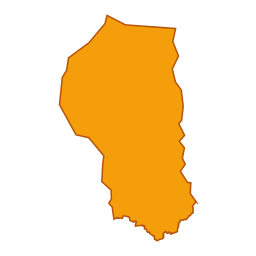 Ibba, Western Equatoria, South Sudan (orthographic projection)
{"feature_id": "79223893B81466867971410", "entity_name": "Ibba", "entity_type": "district", "adm_level": 2, "iso_a3": "SSD", "parent_name": "South Sudan", "parent_adm1": "Western Equatoria", "projection": "orthographic", "projection_center": [29.215, 5.058], "detail": "fine", "context": "isolated", "style": "filled", "palette": "amber", "viewbox_px": 256, "rotation_deg": 0, "n_neighbors": 0, "source": "geoboundaries", "source_scale": "gbopen_adm2", "svg_char_len": 3195}
<svg xmlns="http://www.w3.org/2000/svg" viewBox="0 0 256 256"><path d="M107.0,15.4L105.0,23.6L89.0,42.7L68.5,57.9L66.6,70.3L62.3,77.4L59.5,104.7L76.0,134.8L88.7,137.7L103.8,155.7L102.7,164.7L101.8,181.6L111.1,190.1L111.4,198.8L108.8,203.3L112.2,207.0L113.9,219.1L114.0,219.0L114.4,218.9L114.9,218.6L115.5,218.6L116.5,218.1L116.9,217.4L117.2,217.4L117.4,218.0L118.0,218.3L118.5,218.3L119.2,218.3L119.5,218.0L120.4,217.9L120.9,218.0L121.2,218.0L121.8,218.4L122.4,218.4L122.5,217.8L122.8,217.1L123.0,216.5L122.8,216.1L123.4,216.0L124.5,216.0L125.5,216.0L126.3,216.3L127.0,216.5L127.9,216.7L128.8,216.7L129.1,217.5L129.5,217.8L129.7,218.7L129.7,219.4L129.8,220.3L130.4,220.8L130.9,220.8L132.2,221.2L132.5,221.7L133.3,222.2L134.1,221.9L134.8,221.2L135.8,221.1L136.4,221.5L136.4,222.1L135.8,223.2L135.9,223.9L135.5,224.6L135.4,225.2L135.5,226.2L136.5,225.9L137.5,225.9L138.0,225.6L139.2,225.6L140.2,225.6L140.8,225.5L141.4,225.5L142.1,225.2L142.6,225.0L142.7,225.5L142.7,225.9L142.9,226.1L143.6,226.1L144.5,225.9L144.7,226.4L144.7,227.1L144.7,228.0L144.3,228.2L144.6,228.9L145.3,229.1L145.9,229.3L146.7,229.7L146.8,230.2L146.8,230.8L147.0,231.4L147.2,231.7L147.7,232.3L148.2,232.3L149.0,232.1L149.6,232.2L149.8,232.5L149.8,233.3L149.9,233.6L150.8,234.2L151.4,234.8L151.7,234.8L152.3,234.9L152.7,235.5L153.0,235.9L153.7,235.9L154.4,236.3L154.3,237.1L154.4,237.7L154.4,238.5L154.3,239.0L154.7,239.3L155.5,239.3L155.9,239.8L155.9,240.2L156.4,240.4L157.2,240.5L158.0,240.6L158.4,240.6L158.7,239.9L159.0,239.5L159.6,239.3L160.1,239.1L160.8,239.1L161.2,239.1L161.9,238.7L162.6,238.7L163.0,238.0L163.6,237.4L163.0,236.9L163.1,236.4L163.8,235.9L163.9,235.4L163.6,234.9L163.2,234.5L163.1,233.7L163.2,233.2L164.0,233.0L164.3,232.8L164.7,232.1L165.2,231.6L166.2,231.7L166.2,232.1L166.4,232.9L166.7,233.2L167.1,233.3L167.9,233.3L168.2,232.7L168.7,232.3L169.2,232.0L169.8,232.2L169.9,232.7L170.0,233.3L170.2,233.7L170.9,234.2L171.3,234.1L171.6,233.5L171.9,233.0L172.7,233.1L173.0,233.4L173.6,233.2L173.8,232.9L174.3,232.9L174.8,232.8L175.2,232.3L175.6,232.1L176.1,232.1L176.8,232.0L177.2,231.6L177.5,231.0L177.5,230.5L177.5,230.1L177.5,229.4L177.5,228.8L177.9,227.8L178.4,227.3L178.5,226.7L178.3,226.5L178.4,225.9L178.6,225.3L178.2,224.9L178.7,224.3L178.5,223.6L178.6,223.2L179.4,222.7L180.0,222.2L180.1,221.6L180.1,220.9L180.2,220.2L180.9,220.0L181.4,220.0L182.0,220.1L182.7,220.2L183.3,220.1L184.0,219.9L184.3,219.5L184.9,219.3L185.4,219.5L186.2,219.5L186.6,219.0L187.3,218.4L187.7,217.9L188.2,217.2L188.7,216.8L188.8,216.0L189.3,215.8L190.0,215.7L190.5,215.2L190.6,214.6L191.2,214.0L191.8,213.3L192.7,213.3L192.7,213.0L192.8,212.6L193.2,211.9L193.2,211.3L193.1,210.7L193.1,210.2L193.1,209.8L192.9,209.4L192.9,208.8L193.2,208.3L193.2,207.9L192.9,207.6L192.7,207.2L192.5,206.6L192.5,206.2L192.7,205.8L193.2,205.4L193.5,204.9L193.9,204.5L193.9,203.9L194.5,203.5L194.9,203.0L195.3,202.5L195.8,202.3L196.3,202.3L196.5,202.4L190.3,193.5L190.8,182.8L187.5,182.5L180.4,171.2L185.2,164.2L182.4,158.2L184.4,147.8L179.3,141.3L184.6,135.4L178.7,123.6L181.6,120.5L183.2,106.4L181.3,90.1L175.4,81.9L172.3,68.9L178.5,56.0L172.8,41.6L175.6,28.5L125.5,24.9L107.0,15.4Z" fill="#f59e0b" stroke="#b45309" stroke-width="1.5"/></svg>